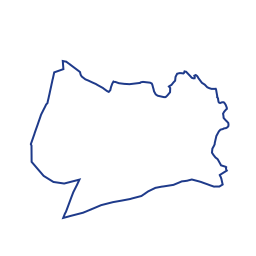 the district of Bilqas, Ad Daqahliyah, Egypt, rotated 260°
{"feature_id": "37247803B88078543557483", "entity_name": "Bilqas", "entity_type": "district", "adm_level": 2, "iso_a3": "EGY", "parent_name": "Egypt", "parent_adm1": "Ad Daqahliyah", "projection": "robinson", "projection_center": [31.411, 31.344], "detail": "fine", "context": "isolated", "style": "outline", "palette": "blue", "viewbox_px": 256, "rotation_deg": 260, "n_neighbors": 0, "source": "geoboundaries", "source_scale": "gbopen_adm2", "svg_char_len": 2791}
<svg xmlns="http://www.w3.org/2000/svg" viewBox="0 0 256 256"><g transform="rotate(260 128 128)"><path d="M129.0,29.5L127.4,29.9L111.4,27.2L95.5,36.6L87.8,45.2L84.4,55.5L85.6,71.2L81.0,68.0L74.3,63.0L69.3,60.0L59.9,54.5L56.2,52.3L54.6,51.0L50.7,48.6L51.0,52.2L51.4,56.4L52.4,69.3L52.5,69.6L55.0,80.8L56.7,88.2L57.6,100.4L57.6,101.0L57.6,109.0L57.7,117.9L57.9,119.5L58.7,129.4L62.1,136.9L64.3,144.6L64.3,145.4L64.4,151.2L64.3,152.6L64.1,162.9L65.4,168.8L66.1,171.7L65.9,174.5L65.8,177.3L65.9,178.0L66.2,181.9L63.4,188.0L62.2,190.5L60.9,192.7L58.7,196.6L57.5,198.6L55.4,202.4L54.5,207.8L55.9,211.4L62.1,211.1L62.3,211.0L63.3,210.9L65.5,210.2L65.8,210.2L68.9,217.9L70.0,217.5L71.2,217.5L72.4,217.9L72.8,217.5L73.8,215.6L75.1,213.1L76.5,212.7L81.1,211.1L82.0,210.7L82.7,210.0L83.8,209.0L86.4,207.6L86.8,207.4L89.1,206.4L93.0,207.5L95.7,209.7L97.1,210.6L98.1,210.8L104.2,213.4L104.6,213.5L108.9,216.9L110.3,218.8L110.5,221.3L110.9,222.3L110.9,224.6L111.5,226.1L112.5,227.2L114.1,227.6L115.7,227.6L116.7,226.9L117.4,226.5L118.1,225.9L120.0,224.7L121.4,223.9L122.2,224.0L123.2,224.1L125.6,224.1L127.4,225.6L129.1,227.7L129.7,228.7L130.9,228.8L133.9,228.2L135.1,227.7L136.3,227.1L136.7,226.7L137.0,225.1L136.6,223.0L137.4,221.9L138.2,221.7L138.8,221.7L140.2,221.7L141.6,221.8L143.0,221.1L143.4,221.4L150.7,221.4L151.4,221.2L151.5,220.0L152.0,217.1L153.2,214.8L154.4,213.1L157.4,211.1L159.7,208.6L160.1,208.4L164.1,206.4L165.1,205.9L166.4,205.5L167.4,204.9L168.4,203.9L168.0,202.4L166.4,202.6L165.4,202.2L165.6,200.9L166.4,199.5L168.2,198.4L173.3,195.0L173.7,193.9L173.9,193.5L172.5,192.7L172.1,192.0L172.7,190.2L173.1,188.3L172.9,185.8L170.1,183.7L169.8,183.6L167.7,183.0L166.4,182.6L165.0,180.7L162.8,178.2L162.6,177.4L161.8,175.5L160.0,176.5L157.2,175.9L155.9,175.6L153.1,172.3L151.9,170.4L152.0,169.9L152.1,168.9L154.6,162.9L155.7,161.7L156.4,161.1L159.6,160.0L161.9,159.9L163.5,159.7L166.1,159.5L167.7,159.1L168.8,157.6L170.8,150.8L170.8,148.7L170.5,147.9L170.3,147.7L170.9,137.0L171.4,135.0L172.1,132.0L173.7,126.8L175.6,123.5L175.7,122.9L175.9,122.0L176.2,121.7L174.4,120.2L171.3,118.4L168.3,117.1L168.1,116.8L166.9,115.3L167.1,115.0L168.1,113.7L170.8,111.1L171.8,110.2L175.5,105.6L176.9,104.0L178.9,101.0L181.8,96.9L181.9,96.7L183.3,94.5L183.5,94.3L186.7,91.4L188.4,90.7L189.9,90.5L191.0,90.5L191.3,90.5L192.1,89.9L198.4,84.0L204.1,78.6L204.5,77.3L205.0,76.2L205.3,75.4L197.2,74.6L195.6,65.0L191.0,63.1L190.2,62.8L188.5,62.0L186.2,61.1L184.8,60.5L181.8,59.3L177.7,57.6L174.7,56.4L173.1,55.7L171.1,54.9L168.6,53.8L166.5,53.0L165.4,51.5L164.7,51.0L164.0,50.5L162.9,49.7L161.2,48.4L160.4,47.8L158.9,46.7L158.0,46.0L156.5,44.9L155.7,44.4L154.0,43.5L149.9,41.2L146.8,39.5L142.6,37.1L139.4,35.3L137.8,34.5L137.5,34.3L130.7,30.5L129.0,29.5Z" fill="none" stroke="#1e3a8a" stroke-width="2"/></g></svg>